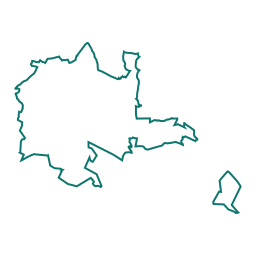 outline of San Cristóbal de las Casas, Chiapas, Mexico
{"feature_id": "50627088B72406563366189", "entity_name": "San Cristóbal de las Casas", "entity_type": "district", "adm_level": 2, "iso_a3": "MEX", "parent_name": "Mexico", "parent_adm1": "Chiapas", "projection": "robinson", "projection_center": [-92.57, 16.664], "detail": "fine", "context": "isolated", "style": "outline", "palette": "teal", "viewbox_px": 256, "rotation_deg": 0, "n_neighbors": 0, "source": "geoboundaries", "source_scale": "gbopen_adm2", "svg_char_len": 5604}
<svg xmlns="http://www.w3.org/2000/svg" viewBox="0 0 256 256"><path d="M139.0,57.2L138.7,57.2L137.9,53.4L135.9,54.1L131.1,53.0L128.0,52.9L124.4,52.3L124.0,51.8L123.6,53.3L123.6,54.2L123.1,56.2L123.4,60.5L124.2,61.4L125.2,63.6L124.9,65.4L124.6,65.9L125.0,67.5L125.9,68.9L126.1,69.4L127.2,69.8L129.2,71.0L129.9,71.0L125.9,77.4L125.6,77.5L125.3,77.3L125.4,76.9L124.7,76.7L124.4,77.0L124.0,77.1L123.3,77.0L122.6,76.6L122.5,76.3L122.1,76.7L121.7,77.2L121.0,77.7L120.8,77.6L120.5,77.8L120.6,78.1L120.6,78.6L119.8,78.9L119.2,78.9L118.9,78.5L118.8,79.0L117.9,79.2L111.8,76.6L110.5,76.2L109.2,75.3L108.0,74.9L107.2,74.1L106.6,74.0L104.3,72.7L101.9,71.5L101.8,71.4L98.3,70.2L97.8,68.4L97.7,67.1L97.6,64.0L96.9,61.9L96.2,59.4L95.4,58.3L94.6,56.8L94.4,55.9L94.3,54.5L93.8,53.3L93.1,52.0L92.1,51.0L91.9,50.4L91.7,49.6L91.0,47.9L90.8,47.7L88.4,43.6L87.7,42.9L87.3,43.0L85.1,44.6L84.1,46.2L77.5,54.9L77.4,55.0L77.4,55.7L76.4,56.1L75.5,60.0L72.0,62.0L71.7,62.3L69.4,62.9L67.8,59.7L66.7,59.8L65.3,60.2L63.5,60.0L63.1,60.1L62.4,60.5L62.1,60.6L61.9,60.4L61.3,59.5L60.0,58.1L59.3,57.1L59.2,56.6L58.5,56.8L57.5,57.0L54.3,57.8L52.8,58.3L47.5,58.9L45.6,62.3L45.2,62.9L44.9,62.6L43.8,62.2L42.7,62.1L40.1,60.2L39.8,60.5L39.2,61.9L38.9,62.3L37.9,62.1L36.8,62.2L33.1,60.9L32.1,61.1L32.1,62.3L31.7,63.1L31.3,63.4L31.0,64.1L31.1,64.8L31.5,65.1L31.8,65.8L32.5,65.8L33.6,66.2L35.6,66.4L36.2,66.7L37.3,67.1L36.3,69.3L36.2,69.8L35.7,70.4L35.6,70.9L34.9,72.0L34.1,73.5L32.4,74.7L32.2,75.0L31.5,75.4L30.4,76.5L30.0,76.8L27.9,78.9L27.2,79.7L25.8,80.6L23.9,81.2L23.6,81.5L22.2,82.4L21.8,82.9L20.7,83.8L20.4,84.4L19.4,84.9L18.8,85.2L17.9,85.6L17.5,86.1L17.0,86.6L16.8,87.2L16.3,87.5L16.2,87.7L15.7,88.0L15.4,88.4L15.4,88.6L15.5,88.8L16.0,88.9L16.8,88.7L17.9,88.6L19.0,88.8L19.4,89.4L19.4,90.4L19.3,90.8L19.1,91.0L18.6,92.1L18.4,92.4L17.3,92.8L16.5,93.5L15.8,93.4L15.7,93.5L15.6,93.8L15.7,94.4L16.1,94.6L16.3,95.1L16.4,95.4L16.3,95.9L16.7,96.3L16.9,96.6L16.9,97.7L17.0,98.5L17.4,98.9L17.9,99.2L18.5,99.8L18.7,100.2L19.0,101.2L20.1,101.8L20.6,102.5L21.6,103.0L21.8,103.3L22.0,103.5L22.2,104.1L22.5,104.5L22.8,105.3L22.8,106.3L22.6,106.8L22.6,107.6L22.7,107.8L22.8,108.4L22.6,108.9L22.1,109.5L22.1,109.9L21.8,110.2L21.7,111.0L21.5,111.6L21.2,111.9L20.8,112.1L20.4,112.3L20.1,112.2L19.2,111.7L18.7,115.0L18.7,115.6L18.8,116.1L18.8,116.6L18.1,118.3L17.9,119.3L17.9,120.0L22.2,122.3L22.0,125.7L19.9,130.7L24.9,137.8L24.6,138.6L24.3,139.1L23.3,139.2L22.1,139.4L20.9,141.6L20.3,152.2L19.8,152.6L23.8,154.7L21.4,160.4L22.8,159.7L22.8,159.4L24.8,158.6L26.8,157.3L31.8,155.0L33.9,154.2L47.0,155.5L48.0,155.2L50.2,165.5L53.9,167.8L55.3,168.3L60.5,168.7L61.8,169.5L62.7,169.8L61.2,170.9L61.7,171.2L58.7,177.7L67.9,184.0L76.9,186.3L90.7,177.9L90.8,178.1L91.1,178.2L91.4,178.4L91.7,179.0L91.8,179.2L92.4,179.4L92.4,179.7L92.7,180.2L93.2,180.9L93.5,181.1L93.9,181.9L92.9,183.6L93.6,184.8L94.5,185.8L95.4,186.1L97.1,185.9L97.9,185.9L99.1,186.3L99.8,186.3L100.2,186.5L100.6,187.0L100.8,187.0L101.5,186.0L96.6,174.2L84.9,167.8L89.5,157.5L89.9,159.2L90.9,161.1L92.8,161.8L96.7,155.5L91.7,148.4L88.6,147.4L88.5,142.1L113.4,154.7L122.1,160.3L123.2,155.6L125.2,152.7L125.8,152.5L129.1,152.2L131.7,152.8L131.7,152.5L131.6,151.9L131.2,150.9L130.9,150.4L130.2,149.9L129.5,148.8L129.3,148.0L128.7,147.5L128.6,147.1L128.7,146.7L129.1,146.4L129.4,146.3L129.9,146.2L130.5,147.2L130.8,147.3L131.0,147.2L131.2,146.9L131.4,147.0L131.5,146.6L131.6,146.0L131.6,145.8L131.4,145.2L131.1,144.8L130.6,143.7L130.2,143.1L130.0,142.7L129.5,142.0L129.6,141.0L129.8,140.2L129.8,139.8L129.3,138.6L129.5,138.3L132.1,138.3L132.9,137.8L133.0,137.5L135.6,138.3L137.0,138.4L135.5,146.4L140.6,146.1L143.0,146.4L143.7,146.8L144.5,148.0L145.7,149.2L147.6,149.6L150.6,148.8L152.4,148.2L162.1,145.5L162.3,145.4L164.1,143.2L166.3,143.1L167.5,143.4L172.3,142.6L174.2,142.3L175.5,141.9L179.7,143.4L182.9,144.9L182.8,144.2L181.6,143.0L181.4,142.1L181.2,140.8L182.5,139.4L182.6,139.2L182.7,138.7L182.4,137.7L182.8,136.9L183.1,137.2L183.5,137.3L184.3,137.1L184.9,136.5L185.2,136.4L185.4,136.4L195.4,141.1L195.7,140.4L196.6,139.8L197.1,139.8L197.3,139.7L197.4,139.2L197.1,138.7L196.8,138.7L196.6,138.5L196.4,138.1L195.8,137.6L195.5,137.2L194.8,136.7L194.5,136.3L194.4,135.7L194.1,135.0L194.1,130.3L189.1,126.6L185.3,124.1L184.7,123.4L184.5,123.1L184.2,123.1L184.1,125.8L184.0,126.4L184.1,126.8L184.5,127.4L177.8,124.2L177.1,124.6L176.2,124.5L175.8,124.8L175.4,124.8L175.2,124.9L174.4,125.1L177.0,120.1L177.2,119.5L177.2,118.5L172.7,118.5L172.4,118.4L171.9,118.5L171.7,118.2L169.7,119.1L167.9,119.6L167.4,119.5L166.1,119.9L164.8,120.7L163.3,121.1L161.4,120.9L160.9,121.0L159.6,120.8L158.9,120.3L157.5,120.5L157.2,120.7L157.0,120.4L156.7,120.3L155.6,120.2L155.0,120.3L154.6,120.1L153.9,120.3L152.3,121.2L149.9,122.3L149.9,118.4L136.7,118.6L136.5,117.7L136.6,117.2L136.3,116.4L136.0,114.9L136.0,113.4L135.9,111.8L136.0,107.2L135.9,106.2L136.4,106.4L138.5,106.9L140.9,105.9L141.1,105.6L141.0,105.3L140.9,105.2L140.4,105.3L139.5,105.1L138.9,104.8L138.6,104.1L138.6,103.7L138.2,102.5L138.0,100.8L137.1,99.8L136.5,99.4L136.1,98.8L136.8,98.5L137.3,92.6L138.1,88.5L138.1,87.4L138.9,82.9L138.7,80.3L137.2,77.7L137.0,77.1L137.0,75.5L137.4,73.5L137.8,72.4L138.7,70.9L139.4,70.2L138.7,69.7L137.6,69.5L137.5,69.2L136.5,68.1L135.8,67.3L135.7,66.8L135.7,64.4L135.9,63.2L136.0,61.7L136.2,60.6L136.7,59.6L137.4,58.6L138.0,58.3L139.0,57.2ZM219.6,180.5L221.0,191.9L219.1,191.6L213.2,202.0L213.6,204.0L223.8,204.4L228.3,209.4L234.2,211.7L236.1,213.1L238.3,212.5L237.1,211.3L231.7,205.0L240.6,186.6L240.0,185.4L236.9,180.9L229.4,172.5L227.6,171.4L226.1,173.0L219.6,180.5Z" fill="none" stroke="#0f766e" stroke-width="2"/></svg>